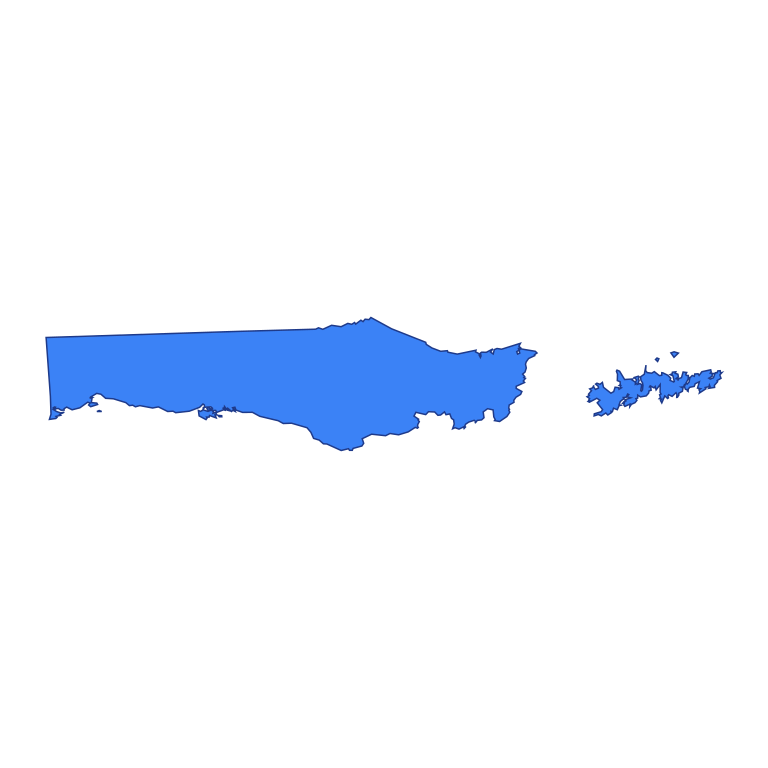 Ushuaia, Tierra del Fuego, Argentina
{"feature_id": "61730980B87507155551581", "entity_name": "Ushuaia", "entity_type": "district", "adm_level": 2, "iso_a3": "ARG", "parent_name": "Argentina", "parent_adm1": "Tierra del Fuego", "projection": "albers", "projection_center": [-65.54, -54.787], "detail": "fine", "context": "isolated", "style": "filled", "palette": "blue", "viewbox_px": 768, "rotation_deg": 0, "n_neighbors": 0, "source": "geoboundaries", "source_scale": "gbopen_adm2", "svg_char_len": 6099}
<svg xmlns="http://www.w3.org/2000/svg" viewBox="0 0 768 768"><path d="M46.1,337.5L50.4,396.4L51.0,414.2L49.4,419.4L55.8,418.5L57.0,417.4L56.0,416.4L60.6,415.3L59.6,414.5L64.3,412.2L60.6,412.9L56.6,411.5L53.5,409.6L54.8,409.3L53.1,408.0L54.4,407.0L55.5,407.2L54.8,408.7L58.4,408.5L61.1,410.2L64.1,410.1L64.1,408.7L66.7,407.1L72.1,409.8L79.9,407.8L87.7,402.2L90.2,403.0L88.6,405.0L90.7,406.7L97.6,404.5L96.8,403.1L91.3,402.6L92.0,398.6L89.6,397.7L92.4,397.4L91.2,396.7L96.7,393.4L100.9,394.2L105.6,398.3L113.4,398.8L125.8,402.6L129.4,405.6L132.7,405.2L135.4,406.8L139.8,405.6L152.6,408.0L158.4,406.9L167.7,411.5L173.0,411.2L175.7,412.7L189.3,411.2L199.7,407.3L203.0,404.0L204.3,404.9L204.7,407.2L203.3,407.5L203.1,409.2L204.6,407.3L210.8,406.8L212.5,408.3L211.6,409.8L212.3,410.5L215.7,410.4L216.7,412.4L223.6,409.8L226.2,410.5L222.6,407.9L226.0,408.6L224.4,407.6L224.5,406.5L227.4,410.2L229.7,410.8L227.1,407.7L231.6,411.5L233.7,409.3L232.6,407.7L234.9,407.2L235.8,409.6L233.3,408.6L234.0,409.4L233.7,410.7L235.3,411.5L234.4,409.5L242.6,412.4L252.4,412.3L259.8,416.3L278.2,420.7L283.3,423.5L291.5,423.2L307.0,427.7L310.9,432.3L313.6,438.4L319.2,440.1L323.4,443.8L326.9,444.0L341.2,450.5L348.5,448.7L349.5,450.3L352.3,450.3L353.1,448.4L361.9,446.0L363.7,443.3L362.2,438.7L371.6,434.2L385.6,435.7L390.0,433.5L398.6,434.8L408.2,431.9L415.2,427.4L417.5,428.2L418.3,427.3L417.5,426.4L417.8,424.4L419.3,421.6L418.0,419.9L418.6,419.2L414.0,416.1L415.9,412.3L425.7,414.6L428.5,411.7L434.7,412.0L437.9,415.3L440.6,415.0L444.5,411.9L446.0,414.7L449.8,413.9L451.5,418.4L453.6,419.8L454.2,424.0L452.6,428.8L455.0,427.7L459.0,429.1L463.6,426.9L464.1,428.5L465.5,427.0L464.7,426.2L465.6,424.2L468.7,422.1L474.2,420.3L475.6,421.5L475.1,423.2L477.3,420.4L481.6,419.9L484.0,417.7L483.2,411.9L487.6,408.7L493.1,409.9L493.8,416.9L495.2,419.6L494.5,420.6L499.6,421.5L506.9,416.5L509.8,412.2L508.8,410.2L509.5,409.3L508.7,408.2L509.2,405.0L514.0,402.3L513.8,400.3L516.0,397.2L520.6,394.4L521.9,391.5L516.2,388.4L516.2,386.3L524.6,382.5L523.3,381.0L525.5,378.3L523.8,377.6L524.7,376.6L522.6,374.1L525.0,372.1L526.3,368.0L525.5,364.2L526.2,361.9L528.6,358.5L534.8,355.6L534.5,354.7L537.0,353.0L535.3,351.3L520.5,348.8L519.1,350.6L519.8,353.1L517.6,354.1L516.7,351.6L519.0,350.2L518.4,348.4L520.5,347.7L518.9,346.2L520.4,343.3L501.6,349.2L497.0,348.5L494.3,349.6L493.2,354.0L490.5,352.1L492.9,348.9L486.3,352.3L481.6,352.2L480.5,353.0L481.0,356.0L480.4,357.5L479.1,355.0L480.0,354.1L475.5,351.9L476.0,350.2L457.3,354.1L447.9,352.2L447.4,350.7L440.7,351.3L432.0,348.0L426.3,344.4L425.7,342.3L391.6,328.8L370.9,317.5L369.0,319.6L365.1,319.2L363.0,321.6L360.9,320.2L355.7,324.1L354.6,322.5L351.7,324.3L347.8,323.4L341.1,326.7L331.6,325.3L322.8,329.3L318.5,327.8L315.6,329.2L238.0,331.4L46.1,337.5ZM647.2,372.6L645.6,370.6L646.0,365.1L644.3,374.2L640.6,376.8L640.9,380.1L642.7,383.2L642.0,384.8L643.0,385.0L642.5,389.9L641.5,391.2L640.7,390.7L641.7,384.9L639.9,383.5L637.7,384.3L639.1,380.5L638.4,378.7L639.2,376.9L638.4,376.2L634.2,377.5L636.7,379.9L635.4,382.1L636.4,383.8L635.3,384.3L635.5,382.3L631.7,379.7L632.6,379.0L624.6,379.5L619.6,371.2L617.0,370.1L616.4,371.2L617.5,374.1L617.3,380.6L620.1,381.7L620.3,384.5L619.3,385.4L620.8,385.6L620.1,387.3L621.4,387.8L619.0,389.3L618.3,387.6L615.1,387.2L613.7,391.6L610.9,393.2L603.5,387.3L602.4,382.4L600.0,384.3L596.9,383.2L595.6,384.1L598.3,386.4L598.5,388.1L595.4,389.4L593.6,387.0L593.8,385.4L592.5,387.9L589.7,388.9L591.5,390.7L588.5,394.2L589.3,395.5L587.0,396.7L589.6,398.6L588.7,400.2L589.6,400.7L588.1,401.5L589.4,402.2L596.8,398.3L599.9,400.2L597.2,402.8L602.6,409.6L601.2,411.7L594.3,413.8L594.1,415.9L598.3,414.5L601.3,415.9L605.8,413.0L607.8,415.0L611.3,412.7L611.0,411.3L612.4,411.7L613.5,408.2L617.3,409.7L619.1,405.6L620.6,405.3L619.1,404.7L620.3,401.5L624.1,398.3L623.4,397.5L626.1,397.3L627.7,394.0L628.8,394.6L626.9,396.9L630.7,397.8L624.8,399.9L625.9,400.9L623.9,401.8L622.6,403.4L624.3,403.0L623.8,404.9L624.9,406.4L630.0,404.1L629.8,406.7L631.4,404.3L635.0,402.7L636.9,400.4L635.9,398.6L637.7,398.1L637.7,395.1L640.5,396.9L646.2,395.9L648.6,393.2L649.1,390.8L651.1,390.3L650.8,387.3L649.5,386.9L650.2,385.8L654.0,387.9L655.2,386.5L656.1,389.9L660.2,384.5L660.1,392.4L661.0,394.0L659.6,394.8L660.5,397.5L659.3,398.7L661.5,399.1L660.5,400.5L661.8,402.9L664.8,395.9L667.6,398.5L668.5,397.8L667.9,395.9L668.7,394.7L672.1,396.4L676.0,392.7L676.9,394.4L676.7,397.4L677.4,397.3L678.9,395.0L678.7,393.3L682.4,391.3L683.0,388.1L681.2,387.1L683.5,386.9L684.5,384.5L685.3,384.5L684.4,386.6L685.4,389.3L688.0,390.0L687.4,390.9L688.1,391.4L688.2,389.1L689.8,387.3L694.2,386.4L695.2,383.7L699.4,381.7L697.5,388.1L700.6,388.7L699.0,389.8L699.8,391.6L699.4,393.0L705.9,388.8L705.2,387.5L708.9,386.7L709.4,385.0L710.2,387.0L708.9,388.3L714.6,387.4L714.4,385.3L717.6,381.7L717.1,380.6L721.0,378.3L719.8,374.9L721.9,372.6L720.6,373.0L720.2,370.7L717.8,370.9L717.0,372.8L715.3,372.7L713.4,377.8L710.2,379.1L708.8,378.2L712.2,376.2L712.1,374.5L713.6,373.5L710.3,373.1L711.2,371.9L710.7,369.8L701.9,371.7L699.1,375.4L698.1,373.8L694.7,374.0L694.3,376.3L692.2,375.5L689.8,378.0L689.1,382.0L687.1,384.1L685.9,383.1L689.0,377.7L688.2,378.0L688.3,375.5L686.3,375.4L685.8,374.2L686.7,372.5L683.1,372.0L681.5,377.6L678.5,378.8L678.0,380.6L677.9,378.7L675.5,378.9L678.4,377.0L677.9,374.2L675.2,373.3L675.8,371.8L672.4,372.2L672.0,374.6L671.4,374.1L670.2,374.6L672.9,375.8L674.3,381.4L673.7,382.0L670.1,380.4L670.7,378.2L667.7,375.2L663.0,372.9L661.8,372.7L661.7,375.3L659.3,375.6L654.3,371.6L651.7,373.2L647.2,372.6ZM203.0,409.8L200.6,411.4L198.4,410.5L199.1,415.9L206.0,419.6L207.1,418.0L206.6,417.1L209.1,417.1L209.5,415.5L216.2,417.9L215.0,414.9L217.0,414.9L215.4,412.5L213.0,413.3L213.5,411.9L211.4,410.0L208.0,411.4L203.0,409.8ZM678.4,353.1L674.1,351.8L670.9,352.9L674.0,357.3L678.4,353.1ZM208.2,407.7L206.9,408.7L208.3,410.4L211.5,409.2L208.2,407.7ZM657.0,358.0L655.5,359.5L657.6,361.5L658.9,358.8L657.0,358.0ZM101.7,411.5L99.2,410.5L96.9,411.5L101.7,411.5ZM218.0,415.4L219.3,416.8L221.8,416.8L221.7,415.7L218.0,415.4Z" fill="#3b82f6" stroke="#1e3a8a" stroke-width="1.5"/></svg>